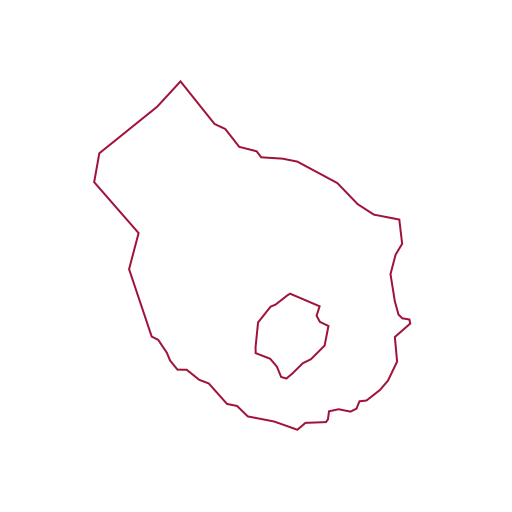 outline of Tahoua, Tahoua, Niger, rotated 50°
{"feature_id": "23599985B71026362524800", "entity_name": "Tahoua", "entity_type": "district", "adm_level": 2, "iso_a3": "NER", "parent_name": "Niger", "parent_adm1": "Tahoua", "projection": "robinson", "projection_center": [5.148, 14.985], "detail": "fine", "context": "isolated", "style": "outline", "palette": "rose", "viewbox_px": 512, "rotation_deg": 50, "n_neighbors": 0, "source": "geoboundaries", "source_scale": "gbopen_adm2", "svg_char_len": 1037}
<svg xmlns="http://www.w3.org/2000/svg" viewBox="0 0 512 512"><g transform="rotate(50 256 256)"><path d="M257.4,384.8L272.8,386.5L280.8,389.0L292.6,389.2L298.6,382.2L314.3,379.1L323.3,374.1L350.7,373.3L358.7,366.9L373.6,365.4L394.3,348.6L415.7,336.0L415.6,325.4L428.2,309.2L427.4,305.9L421.9,299.9L426.5,291.2L436.0,283.6L437.5,277.1L433.8,270.1L437.7,264.3L438.3,247.1L436.3,235.0L427.6,215.8L407.3,201.7L406.9,181.3L403.2,179.3L397.8,184.0L392.5,184.5L380.0,178.8L356.3,164.6L344.7,148.2L340.6,136.2L320.2,122.8L300.1,139.1L281.7,144.8L252.5,146.8L210.2,163.7L198.5,173.1L183.7,188.6L176.2,188.2L161.6,198.7L139.0,197.9L128.3,202.9L73.7,201.6L78.1,235.7L76.6,310.0L88.3,324.0L95.4,332.5L163.0,331.2L184.5,361.7L250.7,387.7L257.4,384.8ZM340.7,248.0L347.5,249.4L356.2,245.5L368.7,261.0L370.4,280.2L368.2,289.1L369.4,303.5L369.4,311.5L364.8,314.5L354.2,311.1L343.8,311.2L330.2,318.7L325.5,314.9L308.2,297.1L304.2,277.4L305.8,272.2L306.3,257.2L306.8,254.1L335.4,239.6L340.7,248.0Z" fill="none" stroke="#9f1239" stroke-width="2"/></g></svg>